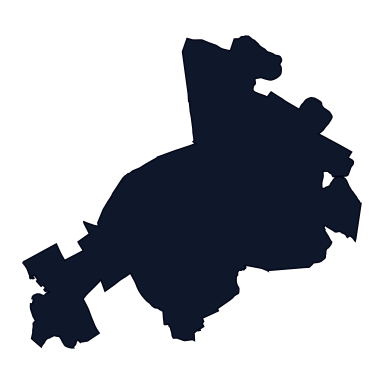 the district of Ipotesti, Suceava, Romania
{"feature_id": "2599482B72683060143677", "entity_name": "Ipotesti", "entity_type": "district", "adm_level": 2, "iso_a3": "ROU", "parent_name": "Romania", "parent_adm1": "Suceava", "projection": "albers", "projection_center": [26.291, 47.622], "detail": "fine", "context": "isolated", "style": "filled", "palette": "ink", "viewbox_px": 384, "rotation_deg": 0, "n_neighbors": 0, "source": "geoboundaries", "source_scale": "gbopen_adm2", "svg_char_len": 5916}
<svg xmlns="http://www.w3.org/2000/svg" viewBox="0 0 384 384"><path d="M355.8,238.3L361.0,203.3L360.2,203.1L359.8,202.9L359.6,202.2L359.2,201.4L358.5,200.3L358.0,199.9L357.6,199.4L356.1,196.6L355.1,195.4L352.4,191.5L352.0,191.3L351.4,190.5L348.8,186.1L346.4,180.5L345.2,178.9L344.0,177.9L341.0,176.7L339.4,176.4L337.4,176.8L335.7,177.6L334.7,178.3L333.6,179.6L333.0,180.4L332.9,180.8L331.3,182.8L330.8,183.6L330.1,185.4L329.6,185.9L329.1,186.1L328.9,186.5L327.9,186.7L326.0,187.3L324.2,188.6L323.4,188.5L323.2,188.7L323.1,189.1L322.7,189.0L321.9,187.5L321.7,186.6L321.7,182.6L321.8,181.9L322.1,181.1L322.4,179.5L322.9,177.8L323.1,175.9L322.9,172.6L322.7,171.8L323.9,171.4L325.2,171.1L327.7,171.2L328.5,171.7L329.5,172.7L331.7,173.9L332.8,176.4L333.2,176.6L345.3,176.0L346.6,175.8L347.7,175.1L348.2,174.4L350.7,167.4L351.1,166.8L352.9,164.4L353.2,163.7L353.3,162.8L353.4,161.9L353.1,161.2L352.1,160.1L348.0,157.7L351.6,152.0L339.1,145.0L318.2,133.8L320.4,132.4L323.0,130.2L325.3,127.0L328.2,123.7L329.6,121.6L330.8,119.7L331.6,118.0L332.0,116.9L331.8,115.9L330.1,113.1L329.0,111.7L325.6,109.3L324.3,108.6L323.2,107.6L322.1,105.9L321.6,104.9L321.5,104.2L321.5,103.3L321.3,102.8L320.8,102.1L320.3,101.6L317.3,99.7L314.4,98.2L311.0,97.7L308.8,98.4L306.7,99.4L305.4,100.5L303.4,103.2L302.3,104.2L301.5,105.2L300.3,107.3L299.5,109.4L298.8,109.2L288.7,103.3L284.5,100.8L282.0,98.9L278.2,96.6L271.1,92.0L267.9,96.2L267.5,97.2L266.6,96.9L264.8,95.9L259.0,93.9L254.7,92.1L253.1,90.6L252.8,89.0L253.3,86.1L253.7,85.4L254.8,84.5L255.3,83.4L255.3,82.5L254.8,79.8L254.9,79.1L255.1,78.8L255.8,78.4L256.6,78.2L261.4,77.4L262.0,77.8L265.8,79.0L269.7,79.9L271.4,79.9L273.5,79.3L275.7,78.3L277.2,77.4L278.5,76.4L279.8,75.2L280.5,74.1L280.9,73.2L281.1,71.6L281.2,68.6L281.0,67.2L279.7,64.5L279.7,64.0L280.3,63.0L281.0,62.0L281.3,61.2L281.5,60.0L281.2,58.7L280.0,56.6L278.4,55.8L275.6,55.4L274.6,55.0L272.5,53.6L267.0,51.7L264.9,49.4L261.4,47.3L258.9,45.3L258.6,44.4L256.4,42.4L254.5,40.5L252.3,39.4L248.5,36.3L245.8,36.1L242.7,36.8L241.6,36.7L241.4,36.8L240.5,37.5L240.7,37.8L240.6,38.0L238.3,38.9L234.3,39.0L230.6,50.1L229.8,50.8L227.3,50.3L223.6,49.4L221.0,48.5L216.0,45.4L208.6,42.8L201.9,40.0L192.9,40.1L187.1,38.5L182.5,51.7L188.3,94.0L188.7,101.5L189.4,101.7L190.4,111.9L191.4,117.0L192.8,128.0L193.0,129.7L193.0,131.9L194.0,139.1L194.1,140.3L194.0,140.7L193.1,141.7L195.6,143.7L189.7,145.9L176.3,150.3L157.5,157.1L157.7,157.5L145.5,164.4L139.9,168.0L132.9,170.9L129.3,173.7L128.2,173.6L126.4,175.2L124.7,176.3L123.0,178.1L121.2,180.7L112.5,194.0L112.3,194.9L110.1,198.5L108.2,201.3L103.3,209.5L97.8,222.9L98.6,226.3L94.9,225.8L86.5,222.9L83.8,221.7L83.7,222.1L84.5,224.0L87.9,230.7L89.5,233.8L78.1,241.9L79.1,243.8L83.0,250.0L83.1,250.6L82.6,251.1L64.6,260.5L61.7,255.5L60.1,252.4L56.3,244.0L26.6,260.2L23.8,261.6L23.1,262.4L23.0,263.0L25.3,265.8L26.8,268.2L27.7,270.1L29.1,274.1L29.8,275.6L29.8,277.1L29.9,278.0L30.4,278.6L31.1,278.3L31.9,278.4L33.0,278.7L34.0,278.2L32.1,275.8L33.5,274.7L34.3,275.7L34.9,275.3L35.8,276.9L37.9,280.0L36.6,281.1L37.3,282.0L41.1,286.3L42.9,284.8L45.7,287.9L44.0,289.6L44.9,290.9L45.5,291.4L46.0,291.4L46.4,291.1L46.5,290.6L49.6,291.9L49.1,292.4L48.6,292.6L47.7,292.6L46.9,293.0L45.5,294.2L44.9,295.0L43.6,295.7L43.1,295.7L40.7,294.5L39.4,294.1L38.1,294.0L36.8,294.1L34.7,294.9L33.4,295.6L32.5,296.7L32.2,298.1L32.0,298.7L33.7,299.0L32.9,301.8L32.5,303.9L30.6,303.8L30.5,306.9L30.8,309.3L33.1,316.4L35.2,320.1L35.8,320.7L33.4,323.0L33.2,323.6L33.4,326.8L32.9,329.9L32.9,332.6L31.6,338.6L41.3,347.0L41.8,345.7L42.9,344.2L44.0,342.9L45.1,340.9L46.0,339.6L47.0,338.7L48.2,338.1L49.6,337.8L51.5,336.7L53.7,335.7L54.7,335.5L56.0,336.0L59.2,336.4L59.9,337.1L61.0,338.7L62.6,341.8L64.3,344.6L65.4,345.9L66.9,346.6L68.9,347.3L71.7,347.9L73.5,347.8L73.3,347.6L73.2,347.1L73.7,346.4L74.9,345.2L75.6,344.1L75.9,343.4L76.2,341.5L76.4,341.0L76.9,340.5L77.9,340.2L78.1,340.5L78.3,340.6L78.6,340.3L80.3,342.4L80.7,342.0L87.5,340.9L99.2,333.1L96.4,329.0L94.7,325.7L91.2,317.2L88.5,309.9L87.1,306.8L83.0,298.9L85.7,295.4L87.9,293.0L95.9,285.1L101.0,279.8L105.0,291.2L114.3,284.5L120.0,280.0L123.9,277.5L125.8,276.4L129.2,273.9L130.4,273.1L135.0,281.5L136.4,284.7L137.1,286.7L138.4,289.5L139.8,292.0L141.7,294.9L144.0,297.7L146.4,300.4L147.8,301.6L150.1,303.3L151.8,305.4L154.1,307.3L155.3,307.8L157.9,308.1L159.1,308.4L159.2,309.3L161.3,310.2L162.6,310.9L163.1,311.7L163.7,319.2L164.0,321.2L164.2,324.1L164.4,324.4L164.7,324.6L168.5,324.2L168.9,324.4L169.0,324.7L169.0,325.8L169.4,326.4L170.4,327.3L171.0,329.9L171.9,332.8L172.1,334.8L172.3,335.8L172.7,336.9L173.2,337.8L173.7,338.1L176.6,337.9L177.5,338.1L183.9,340.4L184.9,340.5L191.8,339.6L192.7,339.6L194.4,340.5L194.0,332.8L197.7,330.0L198.2,330.7L200.2,330.3L199.7,329.0L203.7,326.5L202.2,323.2L203.0,322.4L203.6,321.4L202.2,318.2L218.3,310.8L217.8,309.8L217.5,308.5L229.2,300.4L232.9,297.5L233.3,296.6L235.6,294.8L238.1,293.5L238.5,293.0L238.8,290.5L238.8,288.9L238.7,288.1L238.2,287.1L237.1,285.3L236.4,283.0L236.1,281.4L236.1,277.8L236.3,276.6L237.4,275.1L237.6,274.6L237.5,273.3L237.5,272.4L238.9,270.1L241.2,270.3L243.5,269.0L243.9,269.7L245.7,267.9L245.8,267.1L245.4,266.5L244.7,266.0L244.3,265.9L244.2,265.6L246.3,265.3L261.6,268.2L267.1,270.4L268.1,271.0L267.9,270.3L270.6,270.2L305.6,267.3L308.5,267.2L309.4,267.0L311.6,264.9L313.2,263.1L314.0,262.7L317.0,262.4L319.1,262.0L321.1,261.2L324.5,258.5L325.1,257.7L325.3,256.8L325.2,255.2L325.5,254.6L325.7,253.3L325.7,251.4L325.9,250.3L326.3,249.3L326.9,248.5L328.5,247.5L329.7,245.9L330.7,244.5L331.5,242.7L331.6,242.0L330.4,240.5L328.2,236.4L324.5,230.5L325.0,229.5L324.0,228.0L324.0,227.1L324.6,225.5L325.7,225.6L326.8,226.1L326.6,226.5L333.2,230.4L335.0,231.8L336.2,231.9L339.4,231.3L340.3,231.5L342.0,232.8L344.4,233.7L345.8,234.8L347.4,237.4L349.9,235.7L350.1,235.7L350.9,236.4L352.5,237.6L353.8,239.2L354.9,240.8L355.2,241.1L355.8,238.3Z" fill="#0f172a" stroke="#020617" stroke-width="1.5"/></svg>